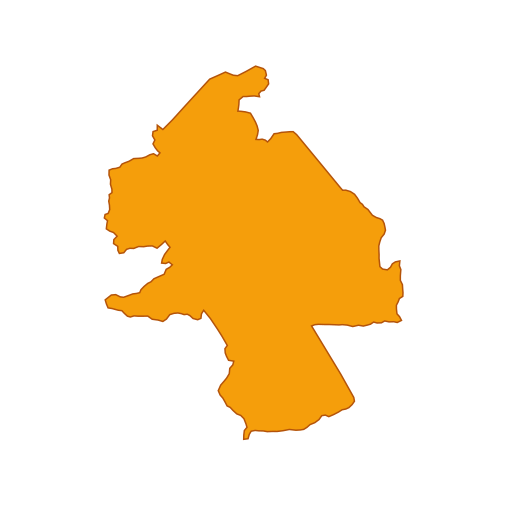 Barra do Piraí, Rio de Janeiro, Brazil, rotated 219°
{"feature_id": "56859067B26511615248896", "entity_name": "Barra do Piraí", "entity_type": "district", "adm_level": 2, "iso_a3": "BRA", "parent_name": "Brazil", "parent_adm1": "Rio de Janeiro", "projection": "robinson", "projection_center": [-43.906, -22.425], "detail": "fine", "context": "isolated", "style": "filled", "palette": "amber", "viewbox_px": 512, "rotation_deg": 219, "n_neighbors": 0, "source": "geoboundaries", "source_scale": "gbopen_adm2", "svg_char_len": 3750}
<svg xmlns="http://www.w3.org/2000/svg" viewBox="0 0 512 512"><g transform="rotate(219 256 256)"><path d="M424.2,230.3L421.2,226.4L416.9,223.8L414.3,220.2L410.0,217.2L407.8,214.6L408.7,211.2L406.4,208.9L405.0,206.0L401.9,203.3L398.9,200.0L397.7,196.0L399.4,193.3L397.8,190.1L393.6,190.0L392.0,187.0L389.4,182.9L385.3,183.3L381.5,184.6L376.4,184.0L376.8,179.3L374.5,176.0L369.5,176.5L366.9,173.5L363.8,172.0L360.8,175.3L360.8,179.7L358.9,182.6L355.8,184.9L353.2,189.5L349.2,192.5L346.5,195.5L342.9,198.6L337.8,199.8L336.7,205.5L336.0,210.5L331.4,209.2L328.3,208.7L328.2,204.6L328.0,199.7L326.7,194.4L324.9,191.1L321.5,193.3L319.9,196.5L315.5,196.5L315.9,193.0L317.4,189.1L315.9,184.0L318.9,178.2L321.0,174.1L321.4,169.8L322.9,166.6L323.8,162.0L324.2,157.5L323.3,154.3L325.3,151.7L327.9,149.0L330.5,144.6L332.9,140.6L335.8,138.8L340.7,137.7L343.9,134.6L344.8,130.6L345.6,127.0L341.9,124.5L338.3,122.6L334.6,124.7L331.8,125.9L328.9,127.2L325.8,129.1L322.4,128.6L318.1,128.3L315.3,129.5L313.1,132.7L309.8,135.0L306.1,138.0L302.3,141.2L296.9,141.5L291.8,144.6L287.2,146.5L285.9,150.6L286.1,156.2L283.7,159.8L280.8,162.6L277.8,164.2L275.0,165.2L272.8,167.5L269.8,168.1L265.6,167.8L261.2,169.8L259.6,172.9L262.0,176.8L262.5,180.9L252.1,178.7L240.1,175.0L232.4,172.4L222.0,168.4L221.8,164.4L218.9,161.3L215.8,159.5L211.7,157.7L207.1,160.3L205.5,156.8L205.7,152.2L202.7,147.7L202.0,142.6L202.0,138.7L202.2,133.5L200.6,127.6L196.4,125.4L192.3,124.7L188.0,123.0L184.1,121.3L180.8,122.1L176.6,121.5L171.6,121.2L167.5,122.5L163.0,122.0L158.1,119.2L155.2,117.2L155.2,113.0L152.8,109.2L150.2,105.8L147.2,109.0L149.0,113.2L149.5,116.8L146.9,119.9L143.8,121.9L140.3,124.6L136.7,126.6L132.5,130.3L129.2,132.9L125.0,137.3L120.9,142.2L115.4,145.7L112.2,148.6L109.8,151.3L108.6,154.8L107.9,159.0L105.4,163.5L104.1,168.5L104.4,173.3L102.0,176.0L98.3,177.0L95.9,181.6L93.7,186.6L92.3,190.7L89.9,193.6L88.4,196.6L87.8,201.0L88.1,205.1L91.0,207.6L115.8,217.5L168.8,236.6L167.1,239.6L164.5,242.2L159.5,246.0L155.9,248.9L148.1,254.7L145.7,257.0L141.5,259.8L136.4,262.1L132.8,266.7L128.5,269.1L125.9,272.5L124.1,275.1L123.0,278.7L119.8,280.1L116.5,283.0L115.1,286.5L111.2,288.5L107.5,291.7L104.4,293.2L102.4,297.5L106.3,299.2L110.1,299.8L113.5,303.2L115.9,306.1L116.7,309.9L117.8,313.2L116.5,317.0L118.7,320.0L120.9,322.3L124.2,325.9L128.5,327.9L131.4,331.5L134.9,336.6L138.4,338.6L141.1,342.7L144.0,339.1L145.1,335.7L144.4,331.9L145.2,327.9L149.4,325.5L153.0,325.7L156.1,328.8L158.9,331.6L161.1,334.4L164.4,338.1L166.9,341.1L168.7,344.9L170.2,349.0L170.2,353.7L171.6,357.5L173.9,359.5L176.9,361.9L180.2,363.5L183.2,363.0L186.8,361.6L191.2,360.9L194.2,361.6L198.3,362.6L203.0,362.2L205.8,363.1L208.8,363.0L213.6,364.8L218.3,366.0L223.2,365.5L227.6,363.7L230.1,361.6L233.5,362.2L252.1,366.0L260.4,367.7L294.9,374.7L300.8,375.9L305.4,376.0L307.9,373.9L310.4,371.5L314.0,368.1L316.5,364.8L318.9,362.4L318.4,356.4L318.8,351.9L321.7,351.9L324.7,350.7L326.9,348.4L329.4,346.6L331.2,351.3L333.3,355.0L336.9,357.7L340.6,359.7L345.1,361.6L350.2,363.5L354.8,361.4L358.4,359.2L361.3,357.2L362.9,360.1L364.7,363.0L367.4,366.7L366.4,371.8L363.7,374.0L361.5,376.2L358.1,379.3L353.5,382.0L356.0,383.9L355.9,387.3L354.0,389.9L354.2,393.3L354.5,397.7L357.5,400.6L361.1,399.5L361.7,403.1L365.4,406.0L368.3,406.2L371.4,405.0L375.8,403.3L379.9,393.1L383.7,384.6L387.4,382.2L390.9,381.1L395.5,379.7L399.2,372.3L403.3,364.3L405.5,328.8L406.6,309.1L408.0,295.7L415.0,295.5L411.9,291.6L414.3,287.9L412.1,284.3L407.6,282.5L406.6,278.3L402.4,276.7L398.6,275.8L395.5,275.7L395.6,271.6L400.0,271.0L402.2,267.9L404.0,263.6L406.2,260.4L408.5,258.2L412.4,254.7L414.3,249.7L416.5,246.0L418.0,243.1L417.7,239.3L420.1,235.8L422.4,233.5L424.2,230.3Z" fill="#f59e0b" stroke="#b45309" stroke-width="1.5"/></g></svg>